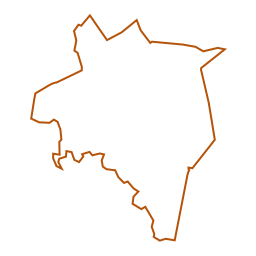 outline of Kanawha, West Virginia, United States of America
{"feature_id": "52423323B76840765500257", "entity_name": "Kanawha", "entity_type": "district", "adm_level": 2, "iso_a3": "USA", "parent_name": "United States of America", "parent_adm1": "West Virginia", "projection": "mercator", "projection_center": [-81.6, 38.297], "detail": "fine", "context": "isolated", "style": "outline", "palette": "amber", "viewbox_px": 256, "rotation_deg": 0, "n_neighbors": 0, "source": "geoboundaries", "source_scale": "gbopen_adm2", "svg_char_len": 1100}
<svg xmlns="http://www.w3.org/2000/svg" viewBox="0 0 256 256"><path d="M214.8,139.7L212.0,122.5L208.7,102.5L201.0,69.6L201.2,68.0L224.8,49.3L217.7,47.9L203.3,51.3L195.5,46.8L183.1,44.6L152.0,41.7L150.3,42.9L146.5,38.0L140.7,30.4L136.7,20.1L121.7,32.3L107.0,40.1L89.9,15.4L81.2,25.7L78.5,24.7L74.0,31.0L76.3,40.4L74.4,50.6L77.6,52.8L81.9,67.2L81.7,70.4L56.1,82.7L55.2,82.6L51.2,84.1L48.5,85.6L40.6,90.3L35.4,93.4L34.3,98.9L31.2,118.6L39.1,122.3L49.5,122.8L53.9,119.6L57.6,121.9L60.4,129.5L61.4,139.5L59.3,142.0L59.6,154.7L53.2,153.7L53.1,158.2L56.5,166.1L61.7,168.7L58.3,162.0L59.3,158.7L66.0,156.6L66.4,151.1L71.6,152.1L74.3,159.8L79.0,162.1L83.3,156.5L82.1,154.2L89.5,151.9L92.4,155.3L99.8,153.5L104.0,154.4L101.7,160.5L102.8,166.6L106.5,169.2L115.2,170.3L118.4,177.2L124.0,182.9L127.7,181.5L133.5,188.4L138.4,191.5L133.5,196.7L132.6,203.8L141.3,209.1L145.3,206.8L153.4,220.6L151.7,226.8L154.3,234.1L153.7,236.9L159.8,240.6L165.7,238.8L174.7,240.3L187.5,174.7L188.3,171.9L189.2,170.2L188.6,169.4L188.5,167.6L192.4,168.2L214.8,139.8L214.8,139.7Z" fill="none" stroke="#b45309" stroke-width="2"/></svg>